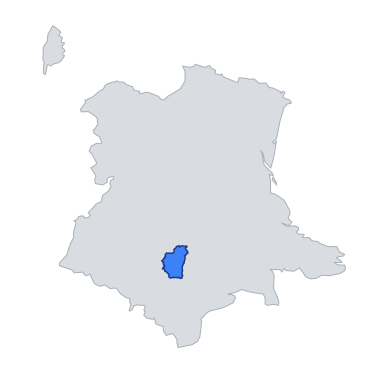 Seien-et-Marne highlighted on a map of France, rotated 184°
{"feature_id": "FRA-5342", "entity_name": "Seien-et-Marne", "entity_type": "Metropolitan department", "adm_level": 1, "iso_a3": "FRA", "parent_name": "France", "parent_adm1": "", "projection": "mercator", "projection_center": [2.98, 48.614], "detail": "fine", "context": "in_parent", "style": "filled", "palette": "blue", "viewbox_px": 384, "rotation_deg": 184, "n_neighbors": 0, "source": "natural_earth", "source_scale": "10m", "svg_char_len": 6434}
<svg xmlns="http://www.w3.org/2000/svg" viewBox="0 0 384 384"><g transform="rotate(184 192 192)"><path d="M307.6,155.1L304.9,156.6L303.3,159.6L301.6,160.3L298.5,160.4L297.0,158.5L293.3,159.7L291.8,161.6L294.0,164.0L286.6,173.6L281.9,176.1L280.9,182.4L275.4,187.0L273.3,191.9L273.2,192.9L274.6,194.5L274.0,197.7L271.2,199.8L271.2,201.8L272.0,202.1L276.3,200.5L277.9,198.6L277.0,196.0L281.3,192.9L289.0,193.6L289.9,197.8L288.9,201.4L294.5,209.0L289.7,212.5L289.4,214.9L294.3,222.5L297.4,225.6L295.7,230.7L290.5,234.0L287.2,233.7L285.7,234.5L285.9,236.1L288.2,240.7L293.8,243.6L294.7,247.1L293.1,248.3L290.5,253.5L291.6,256.0L291.2,257.2L291.8,258.9L293.3,260.6L301.0,265.0L308.1,264.2L309.0,266.7L304.7,273.4L304.9,276.4L302.7,276.5L302.3,277.5L298.0,279.7L291.0,286.5L287.7,288.4L286.4,291.8L284.5,293.8L274.4,297.6L272.5,296.7L267.6,296.8L264.6,294.4L258.7,292.9L256.8,289.3L251.3,288.7L251.0,286.3L243.3,288.5L232.5,285.2L228.7,281.7L225.6,282.7L222.8,285.8L211.1,293.9L206.6,302.4L207.4,312.1L210.1,316.9L203.0,316.2L198.8,317.6L197.7,319.6L187.7,317.2L184.0,319.3L183.0,319.1L181.7,317.1L176.8,314.8L177.5,313.2L176.8,311.7L172.2,310.6L170.6,312.0L168.9,309.1L155.9,304.7L153.8,304.8L153.0,309.2L144.6,309.1L143.4,308.3L138.1,309.2L132.4,305.1L126.0,305.9L122.1,301.6L118.3,301.3L113.0,299.1L110.5,298.0L110.2,296.7L108.6,298.6L106.6,298.2L106.2,297.6L107.5,295.3L107.8,292.5L101.1,290.5L99.3,288.5L99.3,287.4L102.9,286.5L106.1,282.6L109.2,268.6L111.4,251.9L113.1,248.8L115.1,247.9L113.5,245.6L111.4,248.6L112.7,233.2L115.1,221.5L120.7,226.3L122.0,228.3L123.7,235.3L126.8,238.2L124.8,235.4L122.8,226.1L121.5,223.5L112.5,215.7L112.2,213.9L116.1,214.9L114.5,209.0L113.6,196.7L108.2,195.4L99.4,190.1L93.4,180.6L92.7,177.0L94.3,173.2L92.9,170.8L90.3,169.2L92.3,165.9L94.1,165.6L100.4,167.4L95.3,164.3L86.9,165.4L83.6,164.3L83.0,162.0L85.2,159.1L82.4,157.3L77.7,157.7L77.1,156.9L78.5,154.8L77.3,154.0L73.4,154.8L71.1,154.2L69.0,151.8L62.7,151.2L61.3,149.8L52.6,147.1L43.5,147.5L40.9,142.7L35.4,140.4L36.5,138.8L42.1,137.4L43.1,136.1L39.1,134.1L37.6,132.1L45.1,131.6L41.7,129.5L34.5,129.6L33.5,126.7L34.5,123.7L38.7,121.0L49.1,118.1L56.7,118.0L62.1,114.6L67.4,113.6L72.5,115.3L79.4,123.8L84.8,120.1L92.9,120.2L94.6,122.3L96.8,118.5L98.6,120.7L108.5,120.0L106.2,118.4L104.3,114.8L103.9,101.4L98.8,91.6L97.6,88.1L97.9,85.0L103.8,85.6L108.8,84.2L111.1,85.2L111.7,91.5L113.8,95.1L127.5,96.3L135.4,98.2L142.0,94.7L148.2,93.1L148.7,92.2L145.1,92.6L141.9,91.0L141.4,89.3L143.1,84.4L152.6,78.9L166.6,74.2L170.1,71.1L174.3,65.5L173.3,64.0L174.0,48.5L176.0,43.4L181.3,39.7L194.9,35.9L196.6,40.9L196.5,43.7L200.1,48.1L201.9,49.5L207.8,47.1L210.6,51.2L211.5,55.8L218.6,57.6L220.7,63.6L222.0,62.3L226.4,62.6L228.5,63.1L231.4,65.7L230.6,69.2L231.8,70.9L230.6,74.2L231.5,75.5L239.6,75.5L242.1,74.1L243.2,70.8L245.7,68.9L246.6,69.5L245.1,75.6L246.2,77.1L246.8,81.5L249.9,81.8L255.9,85.2L260.9,90.9L267.2,90.0L272.1,93.2L277.2,91.5L282.0,93.3L283.7,94.9L288.1,102.8L291.6,101.2L294.0,102.2L294.8,104.5L304.0,103.1L305.6,105.3L307.5,106.2L319.1,109.2L319.2,112.1L312.5,120.5L309.6,132.4L307.6,136.5L306.9,139.6L307.5,141.6L307.1,144.8L305.7,152.4L306.5,154.7L307.6,155.1ZM348.9,305.7L348.3,310.1L349.9,313.3L350.5,326.0L347.1,332.0L346.6,339.4L342.4,348.1L335.9,344.2L334.0,342.0L335.8,338.7L332.0,336.9L332.9,333.7L332.5,332.1L329.9,331.9L329.7,331.0L331.7,328.5L331.6,327.0L329.1,325.0L328.7,323.3L331.1,321.3L330.0,319.6L328.6,319.1L331.9,313.4L334.2,311.6L339.2,310.0L341.3,307.9L344.6,309.0L345.2,308.5L346.3,299.3L347.5,299.1L348.5,300.4L348.9,305.7ZM112.9,209.7L112.1,212.5L108.7,207.7L108.2,205.0L112.9,209.7Z" fill="#d9dde1" stroke="#a8b0b8" stroke-width="1"/><path d="M191.9,131.3L191.9,130.9L192.0,130.8L194.0,128.5L194.7,128.1L194.9,127.7L194.5,127.3L194.4,127.0L194.4,125.8L194.3,125.2L194.3,124.5L194.7,123.1L194.8,122.4L194.9,120.7L195.2,120.2L195.7,119.7L196.0,119.3L195.9,118.6L195.9,118.2L196.0,117.9L196.2,117.7L196.4,117.4L196.5,116.7L196.4,114.8L196.3,114.2L195.9,113.1L196.0,112.5L196.3,111.6L196.4,111.0L196.4,110.5L195.9,109.3L196.0,108.9L196.1,108.6L196.0,108.2L195.8,108.0L195.5,107.9L195.8,107.3L195.9,106.0L196.2,105.4L197.1,105.0L197.7,105.1L198.1,105.5L198.3,105.7L198.6,105.7L199.0,105.5L199.4,105.8L199.6,105.9L199.8,106.0L200.0,106.0L200.2,105.9L200.3,105.8L200.4,105.6L200.7,105.4L200.9,105.3L201.1,105.4L202.3,105.7L204.0,105.4L204.4,105.3L204.6,105.3L204.9,105.6L205.1,105.6L205.5,105.3L205.8,105.2L206.1,105.1L206.4,105.1L206.7,105.0L207.2,104.7L208.5,105.1L208.7,105.3L208.9,105.6L209.3,106.4L209.3,106.7L209.2,107.0L209.1,107.3L209.1,107.5L209.2,107.9L209.3,108.1L212.5,111.0L212.8,111.1L213.1,110.8L213.3,110.8L213.5,110.9L213.5,111.1L213.6,111.7L213.7,112.1L213.7,112.3L213.9,112.6L214.7,113.2L215.1,113.4L215.4,113.4L216.0,113.3L215.9,114.0L215.7,114.4L215.5,114.5L214.7,114.5L214.4,114.7L214.5,114.9L214.8,115.1L214.8,115.3L214.7,115.5L214.4,115.8L214.2,116.0L214.2,116.3L214.2,116.6L214.4,116.7L214.6,116.7L214.8,116.7L214.8,116.8L215.0,117.1L215.3,117.4L215.4,117.5L215.5,117.8L215.5,118.0L215.6,118.5L215.7,118.8L215.5,119.6L215.5,120.0L215.6,120.3L215.8,120.4L216.0,120.4L216.4,120.2L216.5,120.3L216.8,120.6L217.3,121.3L216.3,122.1L216.0,122.7L215.8,123.3L215.6,123.7L215.4,123.9L215.1,124.0L214.9,124.0L214.5,124.1L214.4,124.2L214.4,124.4L214.5,124.6L214.7,125.0L214.7,125.3L214.2,125.7L214.1,125.9L214.0,126.1L214.3,126.6L214.3,126.9L214.2,127.3L214.1,127.7L214.2,128.0L213.6,128.6L213.3,129.3L213.1,129.3L212.9,129.3L212.4,129.2L212.2,129.1L210.0,129.5L209.6,129.5L209.4,129.4L208.3,129.3L208.1,129.4L207.9,129.4L207.8,129.5L207.6,129.7L206.4,129.7L206.2,129.8L206.1,130.2L206.0,130.5L205.8,130.8L205.8,131.0L205.7,131.3L205.7,131.5L205.7,131.9L205.8,132.2L205.9,132.4L206.0,132.6L206.1,132.8L206.0,133.0L205.9,133.2L205.8,133.4L205.6,133.9L205.5,134.1L205.2,134.3L204.5,134.7L204.3,134.9L204.1,135.1L204.0,135.3L203.9,135.7L203.9,136.1L203.8,136.5L201.5,137.3L201.2,137.3L200.9,137.3L200.9,137.1L201.0,136.9L201.1,136.7L200.7,136.4L200.1,136.4L199.8,136.6L199.6,136.8L199.4,137.0L199.2,137.2L198.7,137.5L198.4,137.6L195.4,137.4L195.0,137.4L194.3,137.6L193.9,137.7L193.6,137.6L193.4,137.4L193.2,137.2L193.3,136.8L193.4,136.6L193.5,136.5L194.3,136.6L194.5,136.5L194.5,136.3L194.5,136.1L194.4,135.8L194.3,135.7L194.6,135.3L194.6,135.1L194.6,134.8L194.5,134.5L194.2,134.2L192.9,133.4L192.9,133.2L192.6,132.0L192.5,131.7L192.1,131.2L191.9,131.3Z" fill="#3b82f6" stroke="#1e3a8a" stroke-width="1.5"/></g></svg>